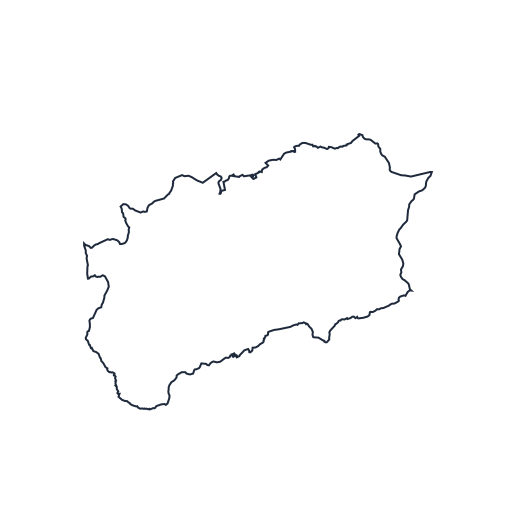 the district of Juchipila, Zacatecas, Mexico, rotated 326°
{"feature_id": "50627088B56819749517987", "entity_name": "Juchipila", "entity_type": "district", "adm_level": 2, "iso_a3": "MEX", "parent_name": "Mexico", "parent_adm1": "Zacatecas", "projection": "orthographic", "projection_center": [-103.133, 21.378], "detail": "fine", "context": "isolated", "style": "outline", "palette": "slate", "viewbox_px": 512, "rotation_deg": 326, "n_neighbors": 0, "source": "geoboundaries", "source_scale": "gbopen_adm2", "svg_char_len": 6082}
<svg xmlns="http://www.w3.org/2000/svg" viewBox="0 0 512 512"><g transform="rotate(326 256 256)"><path d="M104.0,180.8L104.7,181.2L107.8,180.8L109.5,181.8L111.6,181.8L111.6,183.2L112.8,184.8L113.7,184.9L115.1,186.1L118.2,186.3L119.4,188.4L118.8,194.9L116.8,199.1L113.2,201.5L108.3,204.0L106.8,205.9L103.0,209.1L101.0,210.0L99.0,212.0L96.2,211.2L93.8,211.5L86.2,216.2L84.0,215.6L82.8,215.8L81.7,216.5L80.4,219.2L78.5,222.1L75.6,224.7L74.2,224.4L73.2,225.2L72.5,226.6L69.0,228.7L68.5,230.1L69.1,232.3L68.0,236.3L68.5,236.9L67.6,239.9L67.8,240.5L68.5,240.5L68.0,243.9L69.8,246.3L70.8,249.0L69.8,253.2L70.1,253.9L69.1,256.4L69.5,259.6L69.1,264.1L70.0,266.1L69.2,266.8L68.9,268.0L69.4,270.2L70.6,271.0L70.8,271.6L72.1,272.3L73.0,274.1L72.9,274.6L71.7,275.0L71.4,275.5L72.1,276.4L72.2,277.5L70.9,278.3L70.3,281.1L69.3,281.2L69.1,282.2L68.0,283.4L67.8,284.9L67.0,284.9L67.4,286.8L66.2,288.3L66.1,291.2L64.7,291.9L64.4,292.5L64.6,293.2L65.8,293.9L63.3,295.8L64.5,300.4L66.3,302.9L68.1,304.4L68.4,306.2L69.1,307.5L69.0,308.4L69.9,310.4L72.6,313.8L73.5,314.1L73.6,316.1L74.7,317.9L76.4,318.7L77.3,319.8L78.2,320.0L78.6,320.8L79.8,321.2L80.9,322.8L82.1,323.0L82.3,323.9L85.7,324.6L86.6,325.4L87.7,325.5L88.9,324.8L89.7,324.8L94.7,326.1L97.4,327.6L98.0,329.0L100.2,328.8L104.5,325.5L106.3,323.3L106.7,321.0L107.7,319.1L109.0,317.8L110.1,316.1L112.1,314.6L115.3,313.3L118.4,313.4L120.1,313.0L122.3,312.2L123.3,310.8L124.5,310.5L129.4,310.8L132.4,312.8L132.7,314.7L134.5,316.8L135.3,317.4L138.1,318.3L141.1,316.0L141.8,315.8L143.0,316.5L146.0,317.1L147.1,316.8L150.6,314.5L154.3,317.5L154.7,319.2L155.8,320.3L158.4,319.4L160.9,319.4L161.8,319.7L164.0,322.2L167.0,323.6L173.9,323.3L176.3,325.1L178.3,324.9L178.9,324.2L180.2,324.7L180.5,324.2L180.9,324.7L181.6,324.2L182.1,324.7L183.4,324.5L183.5,325.2L182.4,325.0L182.2,325.9L180.9,325.8L180.6,326.5L180.7,326.9L183.6,326.9L184.4,327.4L184.4,328.0L183.4,328.5L183.4,329.3L186.2,329.7L187.2,329.1L193.7,327.7L197.5,328.7L197.4,330.6L196.7,332.0L197.5,332.7L200.1,332.3L201.9,330.1L204.5,331.6L205.8,331.7L207.5,331.9L209.6,331.4L213.7,331.6L214.7,331.0L215.1,330.1L216.2,329.7L216.4,328.8L217.8,328.7L219.2,327.4L220.5,328.0L222.0,327.9L223.3,326.0L225.0,326.1L229.6,327.4L234.1,329.6L244.9,334.0L247.8,334.3L250.5,335.1L251.5,335.6L251.9,336.3L253.7,335.7L257.0,337.6L258.5,337.7L259.4,339.4L259.4,340.5L260.3,340.4L260.7,341.4L260.7,344.6L261.3,347.3L260.7,350.7L258.9,352.8L258.1,354.8L258.2,355.5L262.2,358.7L264.1,363.0L265.2,364.5L264.7,365.2L265.5,366.6L266.5,367.1L270.0,366.2L270.9,364.7L273.4,362.0L274.1,360.3L275.9,359.3L282.3,357.8L283.5,356.9L284.7,357.1L287.1,356.8L288.0,356.1L289.0,356.1L290.0,356.8L290.9,356.4L292.1,356.6L293.8,358.1L296.7,358.4L296.6,359.4L299.6,360.3L302.0,360.2L303.2,361.0L303.7,363.1L305.8,363.1L305.5,364.0L306.0,365.0L310.4,367.2L314.6,368.6L317.0,368.4L319.0,366.3L319.7,366.3L321.3,367.7L324.2,368.1L326.7,367.8L328.1,369.0L330.3,369.2L332.7,370.4L338.8,371.5L340.1,371.3L342.1,371.6L344.1,372.8L347.7,373.2L349.4,373.0L349.9,371.7L351.2,370.5L352.9,370.3L356.7,371.4L357.6,372.6L361.7,370.6L364.4,370.5L365.4,371.4L365.0,369.6L366.7,365.2L366.9,363.9L365.7,359.3L364.6,357.2L364.5,354.3L365.1,352.3L367.4,350.8L368.6,348.3L372.1,346.6L373.9,344.7L375.2,340.8L375.5,334.5L378.9,330.5L381.5,329.2L382.0,326.8L382.5,319.8L383.5,318.4L386.4,316.0L389.8,314.1L391.0,314.0L395.5,312.3L400.1,311.5L401.4,310.8L407.7,303.0L410.4,300.9L411.9,298.9L415.5,297.5L417.7,297.3L419.0,296.8L422.0,293.6L427.2,293.6L430.6,294.5L434.4,293.9L436.0,292.8L438.5,289.8L439.6,289.1L442.3,287.7L445.5,287.1L448.7,284.7L447.5,283.8L428.9,276.8L424.6,272.6L421.5,270.2L415.3,262.0L414.9,260.1L415.1,259.2L416.5,257.5L418.2,253.3L418.3,245.7L417.0,243.2L416.8,241.9L417.4,238.9L418.9,236.8L418.7,233.7L419.8,231.4L419.6,230.5L418.0,229.7L417.7,229.1L416.0,223.8L414.3,222.0L412.9,221.2L411.6,219.7L411.2,217.2L411.8,215.3L409.8,212.6L408.7,212.7L408.7,214.1L400.4,214.6L397.9,215.4L394.5,214.4L394.1,214.7L393.4,214.3L392.7,214.9L389.9,213.5L388.9,213.8L387.2,212.4L386.1,212.5L385.3,212.1L384.2,212.4L383.3,211.6L381.4,211.1L379.3,207.9L377.5,206.3L377.0,206.9L375.2,207.2L374.6,206.9L372.8,204.0L371.5,202.9L370.6,201.3L367.8,200.9L367.3,198.9L366.9,198.4L366.4,198.3L366.3,197.6L364.7,197.1L365.0,195.3L363.7,194.5L360.1,189.8L357.7,188.2L354.4,188.1L353.4,188.7L351.0,187.3L348.8,186.9L348.4,187.1L348.2,189.2L346.7,191.5L345.9,191.2L345.8,189.9L344.0,188.8L343.8,189.2L339.0,187.2L336.5,186.9L330.1,189.6L329.6,188.2L326.7,187.8L323.6,185.6L319.9,184.1L316.0,184.1L316.7,187.8L314.5,188.4L312.3,187.7L309.5,187.8L307.7,189.6L306.6,188.1L305.8,188.4L305.3,187.8L304.1,188.3L301.2,187.7L300.2,191.1L296.9,190.7L296.4,188.0L297.4,188.6L299.2,187.8L298.8,186.7L296.5,186.0L290.6,183.2L290.2,181.2L286.8,180.7L286.2,181.0L282.2,177.3L282.9,177.0L283.0,175.9L280.6,175.8L279.3,175.0L278.5,175.1L276.7,176.6L274.9,177.2L273.3,176.6L271.7,176.8L270.5,176.3L267.2,183.9L263.5,182.6L262.1,184.2L261.0,184.4L260.6,184.0L262.4,182.7L264.1,180.5L265.4,175.1L266.1,173.9L267.6,173.3L269.6,173.3L271.2,172.0L271.3,170.5L270.0,168.6L269.4,166.9L269.4,165.0L252.8,165.5L249.3,160.3L246.8,154.6L245.0,151.8L241.4,149.9L239.9,147.6L232.7,146.1L228.9,147.7L228.3,149.1L227.4,149.7L226.5,151.2L222.1,154.4L219.3,155.4L218.9,155.9L217.2,155.8L211.9,156.9L203.3,154.0L201.7,153.9L199.2,154.4L195.7,154.0L193.1,155.3L190.4,158.0L188.4,157.2L187.4,156.0L184.6,155.4L181.2,150.5L180.4,148.0L178.5,146.6L178.0,145.7L178.0,142.8L177.0,140.4L175.0,138.8L171.4,139.3L171.1,141.7L169.4,144.8L169.7,146.3L168.1,149.5L168.8,151.7L168.4,152.8L167.5,153.3L166.8,156.1L166.5,159.8L166.9,161.4L165.4,162.7L163.9,165.2L161.0,167.6L159.7,169.3L157.6,170.9L155.0,171.9L153.2,171.6L150.6,170.6L149.9,169.8L150.4,168.1L149.7,165.4L147.4,162.4L146.5,161.7L143.7,160.8L142.5,159.2L132.8,157.6L131.5,157.7L129.8,156.9L128.1,156.8L124.5,157.4L123.5,156.8L123.2,154.7L121.7,152.4L120.9,152.0L120.5,149.5L119.3,151.3L117.9,156.4L116.5,158.4L116.0,161.4L114.3,163.1L111.4,169.8L110.6,170.2L106.2,176.2L104.0,180.8Z" fill="none" stroke="#1e293b" stroke-width="2"/></g></svg>